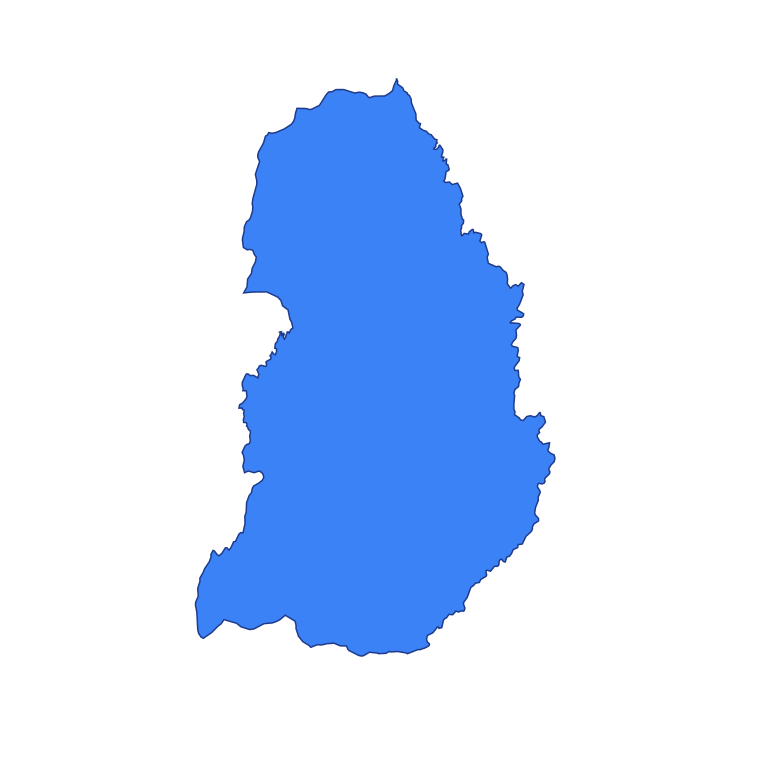 Bucarasica, Norte de Santander, Colombia, rotated 17°
{"feature_id": "7082276B82300032376123", "entity_name": "Bucarasica", "entity_type": "district", "adm_level": 2, "iso_a3": "COL", "parent_name": "Colombia", "parent_adm1": "Norte de Santander", "projection": "equal_earth", "projection_center": [-72.918, 8.084], "detail": "fine", "context": "isolated", "style": "filled", "palette": "blue", "viewbox_px": 768, "rotation_deg": 17, "n_neighbors": 0, "source": "geoboundaries", "source_scale": "gbopen_adm2", "svg_char_len": 6162}
<svg xmlns="http://www.w3.org/2000/svg" viewBox="0 0 768 768"><g transform="rotate(17 384 384)"><path d="M223.2,337.9L231.1,334.6L245.0,330.2L257.1,332.0L261.0,334.3L264.2,338.9L270.6,341.2L275.0,349.4L277.5,351.9L280.6,357.1L278.9,359.1L278.3,363.1L277.0,362.2L276.1,362.7L276.5,363.9L276.0,365.8L276.3,367.6L275.6,370.2L274.0,368.7L274.0,365.7L273.3,364.8L272.6,365.4L272.4,368.2L270.7,363.9L268.9,365.0L270.1,366.0L270.1,368.1L269.8,370.7L269.3,371.4L269.5,374.8L268.4,376.7L268.5,378.8L269.2,381.8L270.8,381.6L271.7,384.2L271.7,387.6L270.0,387.7L267.7,386.1L267.4,388.9L266.7,390.4L268.2,391.4L268.3,393.4L264.8,397.0L265.0,398.5L266.1,399.4L266.0,401.3L265.1,401.9L261.0,402.0L259.5,403.3L259.2,405.6L258.3,407.5L261.4,411.1L261.5,415.0L256.8,413.9L253.4,415.1L251.0,414.1L249.7,414.5L249.1,415.7L248.0,424.0L249.0,427.2L250.7,429.5L251.0,431.7L254.3,430.8L256.6,435.9L256.5,438.2L254.5,443.3L252.0,446.0L252.3,449.5L255.4,448.5L256.2,449.9L257.9,450.0L258.3,450.8L258.2,453.0L260.0,456.2L259.8,458.7L261.0,461.8L263.7,461.2L264.9,462.8L264.8,464.4L266.0,464.8L267.8,467.3L269.8,467.9L270.5,469.5L270.8,473.3L272.6,476.9L272.8,479.7L272.0,481.1L270.6,481.7L269.2,484.0L268.3,490.9L270.4,493.2L272.6,497.4L273.1,504.0L276.6,509.6L279.6,506.9L285.7,506.8L289.5,504.1L291.1,503.8L294.3,505.2L296.3,508.3L295.8,511.6L293.1,515.5L289.1,519.7L288.6,522.1L289.0,526.8L287.6,530.5L287.3,537.7L289.7,547.0L289.6,551.2L291.9,558.1L292.7,567.7L290.6,567.9L289.2,569.8L288.0,578.0L286.3,578.9L285.5,585.2L284.3,588.2L281.8,586.6L280.2,587.0L278.6,593.0L276.5,596.5L274.6,596.1L270.7,593.3L269.2,593.1L268.3,597.9L269.2,599.6L268.9,605.1L266.4,613.3L266.3,616.2L264.7,623.5L265.7,626.6L265.6,633.9L268.4,641.2L267.7,647.8L268.4,650.7L271.7,656.9L277.8,673.6L279.8,676.9L283.1,679.5L285.6,680.0L291.9,672.0L296.1,664.0L298.4,660.9L299.8,656.1L313.0,655.9L318.2,658.0L327.3,658.1L331.3,656.2L339.3,648.3L347.1,645.1L350.0,643.0L353.3,639.9L357.2,634.0L368.3,636.8L370.3,640.2L371.5,643.8L376.0,650.2L381.6,654.1L388.7,655.9L391.0,657.2L396.3,652.9L400.8,651.7L405.6,648.9L412.1,646.5L418.6,647.2L424.7,645.5L427.0,648.3L428.8,649.2L439.4,651.0L442.2,650.7L444.0,649.7L448.5,644.8L456.4,643.2L457.6,643.5L464.6,641.0L467.2,638.3L468.6,638.3L475.4,635.8L483.7,634.7L485.2,635.1L494.3,627.9L495.8,627.7L500.4,624.4L503.3,621.5L503.7,620.1L503.2,619.1L500.8,618.0L499.4,615.7L499.0,613.4L499.3,611.5L503.5,607.6L506.2,600.6L506.9,600.4L508.1,601.6L510.5,600.1L509.9,592.6L510.6,590.7L512.1,589.4L513.4,585.4L517.2,584.5L519.2,580.1L521.9,580.3L524.2,578.4L526.0,578.2L527.0,577.3L526.9,574.6L524.6,571.6L524.0,569.7L526.0,563.6L526.5,553.0L528.6,550.5L529.6,547.8L533.2,545.9L533.6,542.7L537.8,538.1L538.0,536.7L536.2,533.2L536.7,531.9L540.6,531.9L542.9,526.1L545.5,525.3L546.4,524.3L546.7,523.5L545.9,519.8L546.3,518.1L547.7,517.2L550.2,518.9L552.0,518.8L552.0,513.5L554.3,512.1L555.5,509.1L556.0,504.6L559.6,501.4L559.2,498.4L563.0,496.6L564.3,488.2L568.1,481.7L568.3,479.5L567.7,476.9L568.4,473.8L571.8,469.8L571.1,467.5L566.9,464.9L565.7,463.0L565.0,457.5L565.6,450.2L564.5,447.2L565.1,442.0L564.4,440.7L560.9,437.6L560.5,436.5L560.6,434.7L561.4,433.6L564.4,433.4L566.3,431.7L566.5,430.1L565.5,428.6L565.5,427.1L568.4,421.6L568.5,420.3L568.2,419.3L566.6,417.7L566.4,416.3L567.4,412.6L569.5,408.4L569.2,405.1L567.4,402.1L563.8,401.6L560.6,400.2L560.0,399.0L560.2,396.4L559.5,391.8L553.6,395.1L551.3,393.4L549.8,393.3L545.9,389.6L545.5,387.7L547.0,385.0L545.8,383.4L545.6,381.9L547.6,378.9L549.6,373.3L546.4,368.5L543.3,368.4L541.7,365.7L541.1,365.9L539.9,369.1L538.1,371.4L533.1,371.6L530.0,373.4L527.8,378.2L525.1,378.4L523.1,376.8L517.8,375.2L517.4,372.2L515.6,370.2L514.0,365.0L512.3,356.7L510.9,355.0L510.8,351.0L513.4,347.1L512.8,343.6L513.1,339.7L510.8,337.8L508.4,331.7L505.4,332.8L504.0,331.1L503.8,329.6L506.4,322.2L506.0,319.1L503.8,318.8L503.1,318.0L502.6,312.6L501.3,310.1L495.5,310.3L494.3,309.1L494.9,305.9L496.8,301.9L496.6,299.0L494.4,293.7L497.2,287.8L496.7,287.0L495.3,286.7L489.0,288.0L487.8,288.8L486.7,288.4L487.5,286.3L490.3,283.6L490.9,281.3L496.0,280.0L497.1,278.7L497.3,277.3L497.0,276.0L490.0,274.3L489.1,272.7L490.3,268.1L491.0,258.2L489.1,254.8L488.8,247.9L485.8,246.9L483.7,251.3L481.0,250.4L478.9,252.0L477.0,255.4L472.6,252.1L471.4,247.2L469.6,243.4L468.1,241.6L464.7,240.5L460.8,238.0L459.1,237.9L457.0,239.1L448.5,238.1L445.6,232.7L445.8,229.2L439.0,219.1L438.0,218.7L435.7,220.3L433.9,219.4L433.9,212.9L432.7,211.9L427.4,212.1L425.7,213.3L424.3,210.4L423.3,210.3L421.2,213.2L420.8,215.9L416.6,216.6L415.3,219.4L414.6,219.4L412.4,214.5L412.6,212.4L411.8,209.9L412.9,207.0L412.4,204.6L412.1,203.8L410.9,203.5L408.1,199.4L406.3,193.9L403.4,190.1L404.8,186.3L403.9,183.4L404.4,182.8L404.5,181.2L399.8,174.5L395.6,170.4L391.0,173.3L387.4,171.7L384.1,173.3L381.7,172.5L382.4,169.9L381.3,162.7L383.4,160.8L383.5,159.5L381.0,155.7L379.1,155.3L378.2,150.7L377.6,150.6L377.3,151.8L375.5,153.6L374.7,152.9L374.9,149.7L372.4,150.0L372.4,144.9L371.8,142.7L367.6,139.3L367.0,139.6L367.0,141.8L365.5,144.4L362.8,144.8L362.7,143.9L364.2,141.9L363.4,139.7L364.5,137.8L363.4,137.2L363.3,135.0L360.7,134.9L356.2,131.8L353.9,131.9L350.6,129.9L347.1,129.9L342.9,128.5L342.7,124.3L340.9,124.3L337.5,122.1L335.5,116.4L328.3,107.5L326.4,103.3L323.8,100.6L321.9,100.1L321.1,98.8L317.5,97.9L315.1,95.2L309.3,93.3L308.6,90.6L306.6,88.0L307.0,89.9L306.2,96.2L306.4,100.9L303.8,104.9L300.6,108.3L290.4,111.6L286.6,114.3L285.1,114.2L282.0,112.0L278.5,111.7L275.2,112.1L270.8,114.3L259.3,114.2L252.0,116.5L248.7,119.8L245.7,120.9L244.2,124.0L240.8,136.5L233.6,143.1L228.8,143.4L220.2,145.8L220.2,150.7L220.9,155.8L220.7,159.2L219.5,162.7L214.0,169.3L207.2,175.0L203.6,177.0L200.2,177.3L199.9,179.7L198.2,181.7L198.3,188.9L196.2,198.7L196.3,201.9L197.1,204.2L200.0,207.7L199.7,221.1L202.9,226.8L204.0,230.3L204.4,245.0L205.3,250.4L206.7,252.6L207.7,257.2L207.7,264.0L207.2,266.2L205.1,269.2L204.6,273.3L204.6,275.2L205.7,279.3L206.0,285.3L206.4,287.5L209.6,294.5L213.9,295.7L216.1,294.6L218.6,294.4L219.8,294.9L221.7,297.6L224.8,300.1L225.3,305.0L224.1,311.9L224.9,317.1L222.9,323.5L224.6,331.1L223.2,337.9Z" fill="#3b82f6" stroke="#1e3a8a" stroke-width="1.5"/></g></svg>